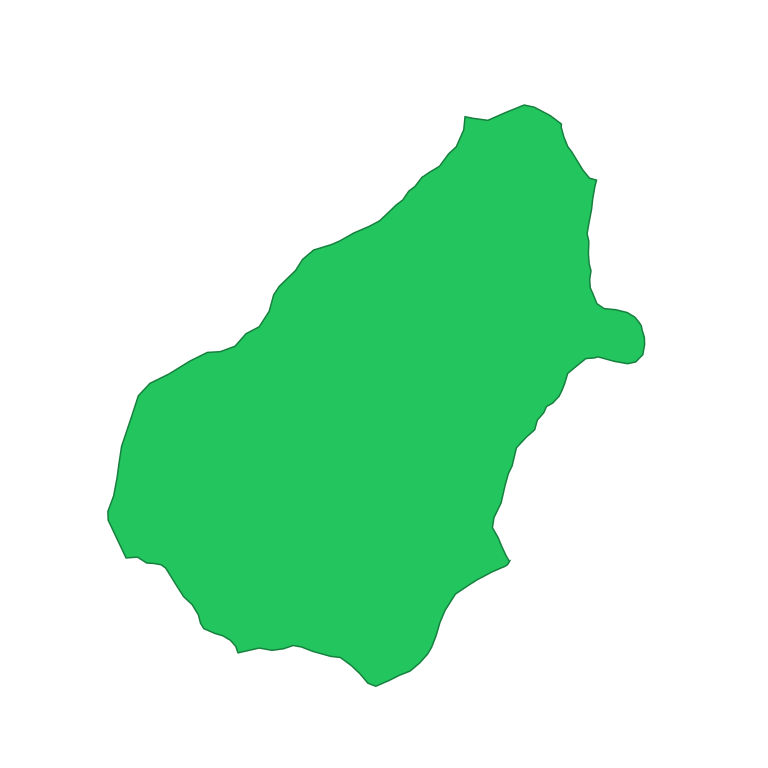 outline of Khizi District, Xizı, Azerbaijan, rotated 100°
{"feature_id": "54616110B97026515433008", "entity_name": "Khizi District", "entity_type": "district", "adm_level": 2, "iso_a3": "AZE", "parent_name": "Azerbaijan", "parent_adm1": "Xizı", "projection": "mercator", "projection_center": [49.188, 40.748], "detail": "fine", "context": "isolated", "style": "filled", "palette": "green", "viewbox_px": 768, "rotation_deg": 100, "n_neighbors": 0, "source": "geoboundaries", "source_scale": "gbopen_adm2", "svg_char_len": 2073}
<svg xmlns="http://www.w3.org/2000/svg" viewBox="0 0 768 768"><g transform="rotate(100 384 384)"><path d="M97.2,254.4L90.8,266.9L85.3,284.1L84.9,294.4L94.8,310.3L106.3,327.5L106.9,342.7L106.7,350.6L119.9,349.6L137.8,354.0L146.1,360.3L160.0,367.2L167.7,376.1L174.0,382.6L183.9,387.7L189.9,393.2L190.2,393.3L199.4,397.4L206.1,403.5L213.2,408.6L224.1,416.7L231.5,426.2L240.4,439.8L251.1,452.8L256.0,460.3L264.2,476.5L275.4,485.8L287.7,490.9L306.0,504.1L315.3,508.1L332.3,509.7L349.3,516.8L358.4,528.6L372.7,537.3L380.6,550.9L383.6,563.5L395.1,579.1L411.3,597.3L424.0,614.6L438.3,623.9L458.5,626.7L474.3,629.1L484.5,630.6L490.8,631.6L507.8,631.2L523.1,630.6L541.1,630.8L557.5,633.8L566.0,632.0L600.1,607.8L597.3,596.7L601.5,586.6L600.7,579.5L600.7,572.1L603.3,566.9L607.8,562.9L618.0,553.8L628.2,544.4L634.6,534.6L643.6,526.7L651.4,523.2L656.2,519.0L659.0,507.3L659.9,499.2L663.0,490.9L668.0,484.5L673.3,481.6L674.1,481.1L665.7,461.0L665.7,448.0L662.2,437.0L657.3,428.1L657.3,419.8L659.7,407.6L661.5,389.1L660.9,379.6L666.9,367.4L673.6,357.3L681.5,347.8L683.1,339.6L674.8,327.1L668.3,318.4L662.1,308.4L652.6,300.5L642.5,294.2L635.0,291.4L622.9,289.0L609.2,287.5L596.2,284.5L578.5,277.2L567.6,265.9L560.9,258.6L550.6,245.4L545.3,237.5L542.8,233.5L540.5,231.0L538.1,230.0L536.5,229.5L536.7,229.8L532.4,233.6L523.7,239.7L515.7,244.8L506.6,252.3L496.5,252.5L480.7,248.0L463.6,247.2L450.8,246.0L442.4,243.6L423.8,242.5L418.9,239.3L411.3,234.4L403.0,227.7L392.9,226.7L384.6,221.7L377.9,220.0L373.5,214.6L365.8,209.5L359.0,207.5L352.4,206.2L341.7,204.9L335.0,199.3L323.9,189.6L321.8,181.4L320.1,177.9L321.7,161.0L321.7,147.6L318.6,140.0L310.2,134.2L299.9,134.2L292.8,135.7L286.6,138.9L282.0,140.7L278.8,143.7L274.6,148.6L271.4,156.8L270.6,168.6L271.5,180.5L267.9,188.3L258.7,194.0L253.5,197.6L245.2,199.6L236.6,199.8L230.1,202.8L219.8,205.4L208.1,207.0L200.7,210.1L187.8,210.1L176.1,209.9L165.8,210.6L153.4,210.6L146.3,210.1L145.6,217.4L138.8,225.3L132.2,231.1L122.7,239.5L118.4,244.2L109.4,249.8L100.3,254.1L97.2,254.4Z" fill="#22c55e" stroke="#15803d" stroke-width="1.5"/></g></svg>